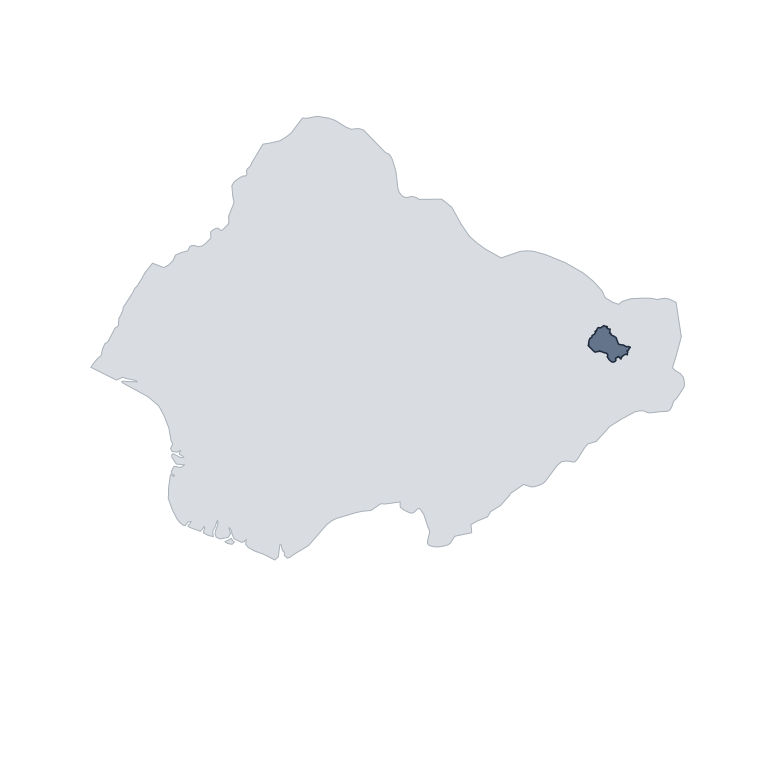 Magumeri, Borno, Nigeria shown in context, rotated 27°
{"feature_id": "59680162B56106136996502", "entity_name": "Magumeri", "entity_type": "district", "adm_level": 2, "iso_a3": "NGA", "parent_name": "Nigeria", "parent_adm1": "Borno", "projection": "albers", "projection_center": [12.709, 12.216], "detail": "fine", "context": "in_parent", "style": "filled", "palette": "slate", "viewbox_px": 768, "rotation_deg": 27, "n_neighbors": 0, "source": "geoboundaries", "source_scale": "gbopen_adm2", "svg_char_len": 5693}
<svg xmlns="http://www.w3.org/2000/svg" viewBox="0 0 768 768"><g transform="rotate(27 384 384)"><path d="M607.2,178.7L627.5,207.0L631.9,228.1L633.6,238.4L636.9,239.7L643.2,240.2L647.8,242.2L650.6,245.7L652.3,248.9L652.7,250.8L651.4,263.4L649.9,268.0L650.8,274.2L650.6,276.9L649.9,278.7L647.1,280.8L643.2,282.9L634.1,289.0L631.5,289.9L627.6,290.0L624.3,291.6L620.3,294.8L611.8,307.0L604.5,319.1L599.2,338.8L592.8,344.9L591.6,350.3L590.6,362.6L589.6,366.3L588.6,367.4L581.6,369.7L577.6,372.5L575.2,378.1L572.1,396.9L571.0,400.0L568.7,403.3L565.2,406.8L562.1,408.8L554.0,410.1L546.4,424.2L546.3,426.7L542.9,439.6L537.0,449.2L536.5,455.5L529.1,464.0L525.3,469.8L529.2,475.8L529.5,476.8L516.8,487.0L516.0,488.6L515.4,495.7L514.4,497.6L512.1,500.2L508.6,503.0L505.1,505.2L501.2,506.7L497.4,507.3L495.3,506.4L494.1,504.2L492.0,495.5L490.9,493.7L488.5,491.9L478.8,482.3L472.9,478.9L471.6,479.1L470.6,480.1L468.9,484.9L467.2,486.6L464.1,487.2L458.6,487.2L454.7,486.5L453.8,485.5L451.9,481.7L439.7,490.3L435.4,492.2L429.9,502.5L422.1,507.5L416.8,511.9L402.4,525.7L399.5,529.7L396.6,535.9L390.2,562.0L380.1,578.3L378.7,581.7L378.2,581.6L376.9,583.1L373.1,582.0L371.4,579.0L369.1,578.5L365.1,573.9L364.2,574.7L368.3,586.0L366.6,590.4L354.6,590.3L344.2,591.6L337.1,591.3L333.5,589.7L332.0,585.4L331.4,585.8L331.0,588.1L328.7,589.8L320.7,590.0L317.2,587.1L314.4,583.8L311.4,582.3L311.8,583.6L315.3,586.9L314.8,591.4L308.2,596.5L304.1,596.7L301.6,594.4L300.4,590.7L299.9,585.2L298.3,581.6L297.4,581.6L298.3,587.5L298.3,593.1L301.2,597.4L296.5,598.7L290.8,598.7L290.2,597.1L289.5,593.5L288.6,592.6L287.3,598.6L275.6,600.0L274.0,599.7L273.7,598.6L274.6,596.9L274.4,594.2L271.8,596.2L271.3,600.4L269.8,601.0L265.4,600.3L260.7,598.1L253.0,592.6L243.6,583.8L242.1,579.9L239.5,575.1L234.9,561.9L235.8,561.3L238.0,562.1L239.1,560.9L235.1,559.9L234.3,558.9L234.1,556.0L234.4,552.5L240.5,550.8L242.0,548.7L242.8,546.6L235.3,549.6L228.4,545.7L227.0,543.5L227.8,541.8L235.9,541.9L238.8,540.3L237.0,539.6L234.0,539.6L232.9,538.5L233.0,535.8L232.0,536.4L230.6,538.7L225.9,540.3L223.2,538.5L223.0,534.6L222.5,532.8L220.2,531.4L212.3,520.9L202.3,512.0L193.3,505.8L179.6,502.5L150.7,501.7L149.1,500.8L150.9,499.5L153.5,498.7L162.9,494.2L161.4,493.5L151.6,496.2L148.3,496.4L143.8,502.0L115.3,502.2L115.5,499.6L117.0,492.1L119.0,486.9L117.3,480.5L117.0,474.7L118.3,473.0L118.8,470.8L119.0,456.1L120.6,453.9L120.7,452.4L118.0,446.0L118.2,441.2L117.8,436.5L116.9,434.3L118.7,416.4L118.5,411.9L119.6,408.8L120.3,401.0L120.5,393.4L122.9,381.4L135.0,380.3L138.1,375.7L140.0,369.7L139.7,363.8L143.8,358.8L148.7,354.4L148.6,349.3L150.0,347.8L152.3,346.7L155.5,346.2L159.2,343.8L161.3,339.5L163.5,332.5L160.6,327.5L160.7,326.5L162.0,323.9L163.9,321.3L165.5,320.5L168.9,321.3L170.1,320.3L172.6,312.6L172.5,310.5L169.4,305.2L168.1,291.0L167.2,289.2L164.8,286.5L158.4,276.4L158.7,271.7L161.7,265.8L163.6,263.0L166.2,261.4L166.8,260.1L166.1,258.4L164.8,257.0L164.6,254.3L166.0,250.6L165.8,246.5L167.2,225.3L172.7,221.3L180.8,214.6L185.1,207.5L187.4,202.1L190.6,184.0L194.8,182.2L202.9,175.8L213.8,172.3L220.8,171.3L233.0,172.4L239.2,171.9L244.5,168.4L247.0,167.5L250.3,167.0L280.5,177.2L283.3,176.8L285.6,177.5L289.4,180.1L298.1,189.1L307.3,203.0L310.1,206.0L313.0,207.6L316.0,208.3L318.3,208.1L320.5,206.8L323.5,204.3L328.0,203.2L331.7,203.5L350.9,193.4L352.7,193.3L364.3,195.8L380.1,206.5L393.0,213.6L402.1,216.0L412.8,217.8L431.1,218.5L445.1,204.0L450.3,200.8L456.4,198.0L469.3,195.4L490.6,193.6L510.6,194.6L523.0,197.2L536.0,202.0L541.7,206.6L550.5,207.4L556.9,206.5L559.0,201.9L565.3,195.9L574.9,190.4L582.7,186.5L589.1,184.7L594.8,180.3L599.3,178.9L607.2,178.7ZM321.3,595.9L316.9,597.1L314.0,596.7L318.1,590.9L320.1,592.2L322.6,592.8L321.3,595.9Z" fill="#d9dde1" stroke="#a8b0b8" stroke-width="1"/><path d="M554.9,232.2L554.1,232.3L553.5,232.1L553.1,232.5L553.0,232.9L552.9,233.1L552.7,233.5L552.4,233.9L552.3,234.2L552.2,234.6L552.0,235.2L551.7,235.3L551.5,235.5L551.0,235.7L550.7,235.9L549.7,236.3L549.1,236.8L548.9,237.4L549.1,240.4L549.0,241.0L548.3,240.9L548.2,241.3L549.0,241.7L548.9,243.0L549.0,243.9L547.4,246.4L548.0,247.9L546.8,249.8L546.9,251.9L547.2,252.9L547.5,253.8L547.7,254.4L548.2,255.8L548.8,256.2L548.5,257.0L550.2,257.7L550.6,257.8L551.8,258.1L554.0,258.9L556.6,259.7L557.0,259.8L558.1,259.5L560.0,257.7L560.4,257.7L560.8,257.3L561.2,256.5L561.8,256.7L562.4,256.7L563.0,256.4L566.6,256.1L567.1,255.8L568.0,255.5L568.5,255.8L569.6,255.9L570.7,257.5L570.5,258.3L570.9,258.7L572.9,259.7L573.5,260.1L574.0,260.2L575.0,260.5L576.1,260.8L576.6,260.9L577.6,260.7L578.6,260.3L578.8,259.9L579.7,258.9L579.9,257.4L579.0,256.6L578.9,256.2L578.6,255.9L578.7,255.7L579.2,255.3L579.7,254.1L580.0,254.3L580.5,253.6L580.2,253.4L580.5,252.9L582.2,253.7L582.9,253.9L583.1,254.1L583.4,254.2L583.6,254.2L583.8,254.1L583.8,253.9L583.7,253.2L583.4,252.7L583.4,252.4L583.5,252.3L583.4,252.1L583.3,251.9L583.5,251.6L583.9,251.4L584.3,249.9L584.7,249.2L585.2,248.5L585.5,248.0L587.5,247.4L586.9,246.1L586.7,245.0L586.0,244.3L585.6,244.5L585.5,244.4L586.0,243.7L586.5,242.9L586.4,242.0L586.3,241.6L586.3,241.0L586.6,240.5L586.7,240.0L586.7,239.8L586.8,239.6L586.6,239.4L585.7,239.5L585.2,239.6L584.7,239.6L583.0,240.7L582.1,240.7L581.2,240.7L579.7,240.5L578.6,241.0L577.6,241.4L576.3,241.7L575.4,241.9L574.8,242.0L572.6,239.9L572.2,239.7L571.9,239.4L571.6,239.1L571.4,238.9L571.0,238.5L569.7,237.3L569.1,237.3L568.6,237.2L567.7,237.0L564.7,237.1L564.4,237.1L563.0,235.9L561.8,236.1L561.8,235.3L561.2,234.4L560.6,232.5L559.4,232.9L558.4,233.1L558.3,232.9L557.0,232.8L556.8,232.6L557.0,232.5L557.0,232.4L556.6,232.5L556.5,232.3L557.0,232.0L556.9,231.6L555.8,231.7L554.9,232.2Z" fill="#64748b" stroke="#1e293b" stroke-width="1.5"/></g></svg>